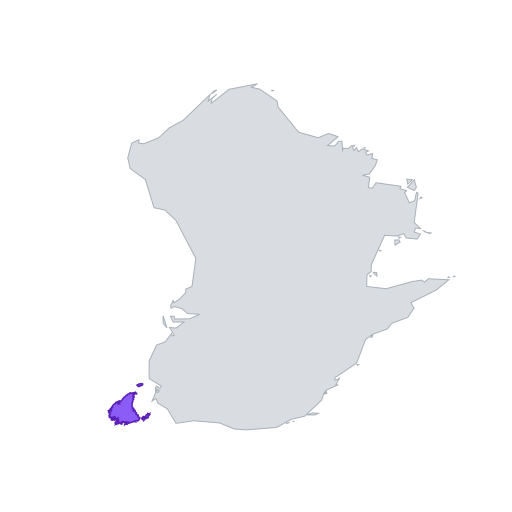 Australia, with Tasmania highlighted, rotated 74°
{"feature_id": "AUS-2660", "entity_name": "Tasmania", "entity_type": "State", "adm_level": 1, "iso_a3": "AUS", "parent_name": "Australia", "parent_adm1": "", "projection": "equal_earth", "projection_center": [146.795, -41.606], "detail": "fine", "context": "in_parent", "style": "filled", "palette": "violet", "viewbox_px": 512, "rotation_deg": 74, "n_neighbors": 0, "source": "natural_earth", "source_scale": "10m", "svg_char_len": 9672}
<svg xmlns="http://www.w3.org/2000/svg" viewBox="0 0 512 512"><g transform="rotate(74 256 256)"><path d="M338.4,91.9L343.5,119.9L349.8,118.6L356.8,126.9L358.1,143.9L362.3,149.8L363.4,165.5L366.4,173.7L386.7,188.8L394.6,213.4L396.9,214.6L397.4,210.3L401.7,214.7L402.5,212.6L404.2,225.0L406.8,228.7L412.5,232.5L423.4,253.3L422.7,267.0L426.5,283.5L420.3,313.8L416.2,324.8L406.4,337.1L397.2,361.2L394.8,379.0L378.5,383.3L370.4,390.9L365.4,391.5L366.8,395.9L358.9,389.5L360.0,388.1L359.5,386.5L358.1,386.4L355.4,389.2L353.5,387.5L356.7,384.9L354.9,382.9L344.3,392.5L327.5,387.7L314.2,376.1L313.5,366.9L307.2,358.5L309.7,358.8L309.6,356.3L300.9,358.8L303.3,352.6L299.6,343.4L296.7,353.8L290.3,354.9L291.2,351.4L294.2,351.4L298.1,337.1L296.5,326.3L292.5,337.6L286.1,341.9L282.0,348.7L282.8,352.1L280.2,351.7L275.8,347.9L278.4,347.8L276.3,341.2L271.9,333.6L268.4,332.6L267.6,325.9L241.7,314.5L199.6,323.2L186.6,331.0L181.5,340.7L152.0,341.3L137.2,352.9L126.3,352.2L113.2,344.3L112.0,336.4L115.2,337.7L117.2,332.9L115.5,316.7L109.0,304.3L105.5,288.7L88.2,255.7L94.0,259.3L89.8,249.2L92.6,255.1L96.9,256.9L88.3,236.0L90.9,207.0L92.5,213.9L96.7,206.4L112.8,193.0L118.8,193.7L148.8,180.9L159.4,163.7L158.2,152.4L164.0,144.3L169.6,156.8L172.0,149.9L168.5,144.9L169.4,141.8L179.5,143.9L176.3,142.7L178.2,137.7L176.2,133.3L181.6,132.7L179.5,129.4L184.0,128.9L182.3,124.2L186.0,118.9L186.4,122.0L189.5,121.6L189.6,115.6L194.2,117.7L196.9,112.9L201.8,116.2L208.5,124.6L207.6,131.4L211.8,124.9L221.1,129.2L222.9,125.5L218.7,120.4L228.9,97.5L231.1,99.0L234.7,93.2L236.0,95.7L247.1,93.9L246.6,88.3L239.1,84.2L240.3,82.8L267.3,94.7L275.0,90.4L273.2,94.9L276.5,97.4L280.4,91.9L284.1,96.5L280.0,106.8L275.3,107.7L275.7,115.1L271.5,126.6L296.1,147.5L302.7,149.6L304.8,154.6L315.8,158.0L323.3,140.0L323.6,113.5L324.8,103.5L327.5,101.1L325.4,96.5L332.0,77.2L338.4,91.9ZM353.8,411.5L366.2,416.6L381.0,413.4L381.8,427.2L380.9,424.7L379.4,427.6L379.0,436.6L373.8,433.0L370.5,441.2L364.2,440.5L365.4,438.2L359.9,434.3L357.6,427.4L360.1,428.6L354.2,418.9L353.8,411.5ZM226.5,82.9L234.3,82.9L236.7,85.8L231.7,91.6L226.5,82.9ZM287.8,361.8L300.5,361.4L295.2,363.7L287.8,361.8ZM282.3,113.6L283.9,119.3L279.0,118.3L279.8,114.3L282.3,113.6ZM422.7,250.9L422.5,244.6L424.4,239.4L425.1,243.1L422.7,250.9ZM377.5,403.3L381.7,404.5L381.8,406.4L377.5,403.3ZM225.8,84.6L228.6,90.3L223.7,89.9L225.8,84.6ZM349.2,404.2L346.8,403.7L348.0,400.3L349.2,404.2ZM308.6,145.2L306.3,146.9L304.0,147.8L305.1,144.6L308.6,145.2ZM88.0,254.3L85.9,251.2L85.5,248.4L85.8,248.3L88.0,254.3ZM380.9,408.3L382.5,409.7L379.4,408.6L380.9,408.3ZM405.8,225.8L407.6,225.8L407.5,228.6L405.8,225.8ZM363.9,165.3L366.0,167.0L365.7,168.0L363.9,165.3ZM373.7,437.9L373.9,440.1L372.3,439.4L373.7,437.9ZM425.3,269.4L425.4,272.8L425.2,272.7L425.3,269.4ZM246.1,82.6L244.8,81.1L245.7,80.3L246.1,82.6ZM282.1,82.9L280.2,85.8L282.4,80.8L282.1,82.9ZM425.7,265.3L424.8,266.4L425.4,265.2L425.7,265.3ZM285.6,135.3L284.6,135.8L285.2,134.5L285.6,135.3ZM278.4,113.4L277.1,113.7L277.9,111.9L278.4,113.4ZM101.9,193.1L101.7,195.4L101.1,195.2L101.9,193.1ZM329.7,75.9L329.7,77.9L329.1,76.4L329.7,75.9ZM358.1,387.3L358.4,388.3L358.0,388.0L358.1,387.3ZM279.8,86.6L277.3,88.6L279.8,86.1L279.8,86.6ZM182.4,121.4L181.5,122.8L182.0,121.2L182.4,121.4ZM374.5,436.3L373.8,436.7L374.2,435.9L374.5,436.3ZM307.6,151.9L306.2,151.9L306.9,150.7L307.6,151.9ZM177.6,131.7L176.9,132.4L176.8,130.7L177.6,131.7ZM380.5,431.6L379.4,432.2L379.7,431.0L380.5,431.6ZM330.6,70.5L330.4,71.9L329.7,71.2L330.6,70.5ZM357.5,388.7L358.6,389.8L356.8,389.5L357.5,388.7ZM389.2,188.6L388.3,188.7L388.6,187.2L389.2,188.6ZM396.6,210.1L396.1,210.1L396.4,208.9L396.6,210.1ZM354.3,409.9L354.0,410.7L353.7,409.6L354.3,409.9Z" fill="#d9dde1" stroke="#a8b0b8" stroke-width="1"/><path d="M379.1,437.4L378.4,436.9L378.3,436.4L378.1,436.6L378.1,437.1L377.9,437.1L377.6,437.5L376.9,436.7L376.8,436.4L377.2,436.1L376.6,435.9L376.3,435.5L376.3,435.2L376.7,434.9L376.7,434.5L376.8,434.4L377.1,434.5L377.0,435.1L377.3,435.4L377.8,435.6L378.3,435.4L378.5,435.3L378.1,435.1L377.9,434.7L378.1,434.6L377.9,434.5L377.9,434.1L376.8,434.0L376.3,433.7L376.1,433.3L375.6,433.4L375.4,433.6L375.4,433.9L375.8,434.8L375.4,435.3L374.8,435.5L374.6,435.1L374.7,434.9L375.0,435.3L375.1,435.2L375.2,434.9L375.1,434.7L375.2,434.2L374.7,434.3L374.6,434.0L374.2,433.7L373.7,432.9L373.5,433.0L374.0,433.5L374.3,434.3L374.0,434.9L374.0,435.5L373.6,435.2L373.4,435.3L373.8,435.9L373.4,436.4L373.5,437.6L373.1,437.9L372.7,437.8L372.7,437.5L372.2,437.4L372.4,437.0L372.3,436.6L372.0,437.1L371.7,436.9L371.6,436.2L371.3,436.4L371.2,437.1L372.1,437.7L372.3,438.1L372.0,438.3L371.6,438.2L371.2,438.5L371.7,438.4L371.9,438.6L371.5,439.3L370.9,439.4L371.5,439.6L371.6,439.8L371.1,439.8L371.1,440.4L370.7,440.4L370.7,440.6L371.0,440.9L370.9,441.2L370.3,441.5L370.0,441.2L369.3,441.3L369.0,440.9L368.4,440.6L368.3,440.0L368.1,439.8L368.1,440.3L368.0,440.2L367.8,440.4L366.7,440.3L366.4,440.1L366.1,440.4L365.9,440.0L365.7,439.9L365.5,440.0L365.3,440.4L365.0,440.1L364.7,440.2L364.7,440.5L364.0,440.6L364.0,439.6L363.4,438.8L363.4,438.7L363.9,438.9L363.7,438.5L364.5,438.6L365.1,439.2L365.1,438.8L365.2,438.7L365.6,439.0L365.6,438.3L365.1,437.8L364.7,438.4L364.4,437.9L364.2,438.3L363.7,437.9L363.6,437.3L363.2,437.0L363.2,437.5L362.9,437.6L362.8,437.8L363.2,437.8L363.3,438.0L363.1,438.1L362.6,438.0L362.3,437.1L361.8,436.5L361.8,436.1L361.3,436.1L361.4,435.6L361.0,435.3L360.7,434.8L360.1,434.7L359.6,433.9L359.2,432.8L359.0,432.6L359.1,432.2L358.8,431.6L358.6,431.5L358.5,431.2L358.2,431.1L358.4,430.7L358.0,430.1L357.9,429.7L358.0,429.3L357.7,428.4L357.5,427.0L358.0,427.7L358.4,427.9L358.7,428.3L359.5,428.8L359.8,430.2L359.8,429.2L360.1,429.3L360.4,428.5L360.1,428.7L360.0,428.2L359.8,428.4L359.7,428.3L358.9,427.4L358.8,426.5L358.6,426.5L358.3,426.8L358.3,427.2L358.2,427.3L357.9,427.0L358.1,426.3L358.0,425.4L357.7,424.7L356.5,423.5L356.5,423.2L355.7,422.1L355.4,422.0L355.4,421.5L355.0,420.4L354.4,419.4L354.1,419.1L354.3,418.9L354.3,418.6L353.5,417.2L353.6,416.6L353.4,416.1L353.5,415.7L352.9,414.9L353.2,414.6L353.0,414.2L353.7,413.6L353.7,413.0L353.5,411.9L353.6,411.4L353.8,411.2L354.1,412.1L354.4,412.0L355.1,412.3L355.8,412.3L356.9,413.1L357.1,412.9L357.9,412.8L358.0,412.4L357.9,412.0L358.1,412.0L358.4,412.4L358.1,412.6L358.1,412.8L358.6,413.2L359.4,413.5L360.0,413.3L360.1,413.7L360.4,414.0L361.6,414.3L361.8,414.6L362.3,415.2L363.1,415.3L363.2,415.5L363.6,415.6L365.4,416.5L367.0,416.6L368.0,416.2L368.1,416.6L368.3,416.7L368.3,416.4L368.8,415.8L369.5,415.6L369.9,415.8L370.0,416.5L370.4,416.6L370.7,416.5L371.1,416.5L370.8,416.2L370.3,416.1L370.1,415.7L370.3,415.3L371.0,415.1L371.7,414.7L372.8,415.0L373.7,414.3L373.8,414.5L374.2,414.3L374.3,414.6L375.0,415.0L375.6,414.4L376.1,413.4L376.6,413.1L377.1,413.5L377.4,413.4L377.9,413.8L378.1,413.8L378.6,413.4L379.0,412.4L379.2,412.2L379.5,412.3L379.6,412.5L379.9,412.5L380.4,413.2L380.9,413.3L381.5,414.1L381.9,414.9L381.4,415.3L381.7,415.6L381.4,416.2L381.4,417.0L381.8,417.6L381.2,418.2L381.3,418.4L382.0,417.9L381.4,419.5L381.4,420.3L381.7,421.0L381.5,421.9L381.6,422.5L381.3,423.0L381.5,423.7L381.8,424.2L381.5,425.5L382.0,426.1L381.6,426.7L382.0,426.9L382.0,427.1L381.7,427.8L381.2,427.5L381.6,426.9L381.3,426.6L381.7,426.2L381.3,426.2L381.0,425.8L380.5,425.6L381.1,425.1L380.7,424.4L380.6,424.5L380.7,425.0L380.4,425.0L380.4,425.5L380.2,425.7L380.9,426.0L379.9,426.0L379.8,427.0L379.5,427.3L378.9,428.4L379.2,428.2L379.4,428.4L379.2,428.7L379.2,430.2L378.8,430.6L378.5,430.2L378.5,430.4L378.3,430.5L378.7,431.0L378.9,431.6L378.8,432.3L378.3,432.7L378.3,433.3L378.2,433.3L378.0,433.7L378.1,434.0L378.5,434.0L378.3,433.8L378.6,433.5L378.7,433.8L379.0,433.8L379.2,434.2L379.1,434.4L379.3,434.6L379.2,434.8L378.9,435.7L378.8,435.8L379.0,436.1L378.9,436.5L379.2,436.6L379.0,437.1L379.1,437.4ZM379.5,406.2L379.4,405.7L379.0,405.6L378.9,405.1L378.4,405.0L378.6,404.4L378.4,403.6L378.0,403.8L377.5,403.4L378.3,402.8L378.2,402.6L378.4,402.4L378.3,402.0L378.5,402.2L379.0,401.7L380.7,404.0L381.7,404.3L381.6,405.5L381.1,406.0L381.4,406.0L381.7,405.7L381.9,406.6L381.6,406.4L381.6,406.6L381.9,406.9L381.7,407.1L381.0,406.8L380.8,407.2L380.3,407.4L379.7,407.1L379.8,406.7L379.5,406.2ZM348.9,403.6L349.2,403.9L349.2,404.5L349.0,405.0L348.5,405.4L347.3,406.0L347.1,405.2L347.2,404.3L346.9,404.1L346.8,403.8L347.0,402.8L346.9,402.2L347.0,401.6L347.6,401.1L347.5,400.4L348.0,400.3L348.7,400.8L348.9,401.2L348.9,402.1L349.0,402.7L348.9,403.6ZM381.8,407.8L383.1,409.1L382.9,409.1L382.6,409.3L382.5,409.7L382.2,409.6L382.0,409.8L381.9,409.1L381.1,409.4L380.8,409.2L380.7,409.3L380.0,409.3L379.3,408.9L379.4,408.5L379.9,408.3L380.6,408.2L380.8,408.4L381.0,408.1L381.5,408.1L381.8,407.8ZM373.8,437.7L374.3,439.0L373.8,440.1L373.3,439.9L373.3,439.6L373.1,439.5L373.3,439.4L373.1,439.2L372.8,440.1L372.6,440.1L372.2,439.4L372.2,439.2L372.3,439.2L372.9,439.6L372.8,438.7L373.2,438.9L373.3,438.6L373.2,438.4L373.8,437.7ZM380.3,431.1L380.3,431.4L380.5,431.5L380.3,431.7L379.7,431.7L380.0,432.2L379.3,432.6L379.5,431.8L379.3,431.6L379.4,431.2L379.8,430.9L380.3,431.1ZM374.6,436.4L374.8,437.5L374.3,437.6L374.2,437.3L374.5,437.0L373.9,436.8L373.7,436.6L374.2,436.5L374.0,436.3L374.3,435.8L374.6,436.4ZM355.5,411.2L356.5,411.9L356.1,411.8L355.4,412.1L355.0,412.0L354.9,411.5L355.4,411.0L355.5,411.2ZM380.2,410.0L380.3,409.9L381.3,409.7L380.8,410.8L380.3,410.4L380.2,410.0ZM355.5,409.3L355.0,409.5L354.6,409.1L354.9,409.0L355.0,408.7L354.9,408.7L355.1,408.6L355.6,408.7L355.5,409.3ZM354.2,408.8L354.3,409.8L354.1,410.0L354.1,410.7L353.9,410.7L353.8,409.9L353.7,409.7L354.1,409.5L354.2,408.8ZM381.5,428.1L381.8,428.6L381.1,428.3L381.0,428.0L381.5,428.1Z" fill="#8b5cf6" stroke="#5b21b6" stroke-width="1.5"/></g></svg>